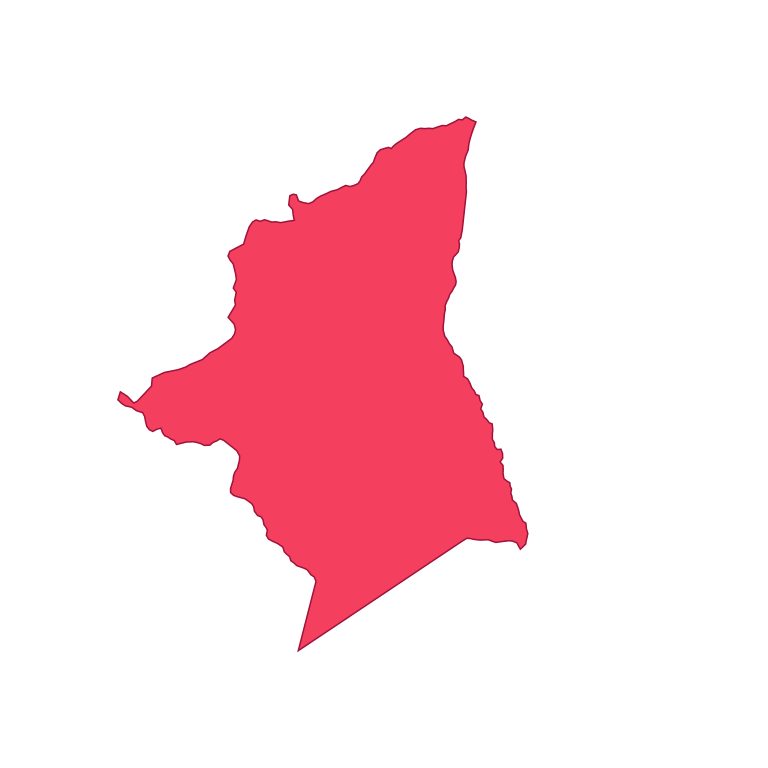 outline of Coronel Sapucaia, Mato Grosso do Sul, Brazil, rotated 36°
{"feature_id": "56859067B59177050807498", "entity_name": "Coronel Sapucaia", "entity_type": "district", "adm_level": 2, "iso_a3": "BRA", "parent_name": "Brazil", "parent_adm1": "Mato Grosso do Sul", "projection": "orthographic", "projection_center": [-55.397, -23.331], "detail": "fine", "context": "isolated", "style": "filled", "palette": "rose", "viewbox_px": 768, "rotation_deg": 36, "n_neighbors": 0, "source": "geoboundaries", "source_scale": "gbopen_adm2", "svg_char_len": 3746}
<svg xmlns="http://www.w3.org/2000/svg" viewBox="0 0 768 768"><g transform="rotate(36 384 384)"><path d="M304.4,117.9L299.7,119.0L296.5,119.3L293.3,119.9L292.0,124.4L288.8,126.1L287.2,130.0L284.7,134.5L282.6,138.5L279.2,140.6L276.7,144.0L273.5,148.6L269.9,150.8L267.2,153.2L263.2,155.7L260.1,159.7L258.2,165.9L256.9,171.4L255.2,175.8L253.8,179.4L252.6,182.6L251.8,186.0L251.5,189.2L248.5,190.0L246.2,192.8L243.3,196.7L242.5,200.9L243.8,206.6L245.1,210.9L244.8,214.7L244.8,221.0L244.8,225.4L244.2,229.7L245.2,233.4L245.2,237.2L242.7,241.5L240.3,244.3L236.3,245.9L234.1,250.0L232.0,254.3L227.8,259.4L225.7,263.4L224.0,266.3L222.2,269.3L220.4,273.6L219.4,278.4L217.1,282.3L211.9,284.8L207.3,286.1L201.9,282.5L199.0,283.8L197.1,287.0L201.7,295.2L207.5,296.5L211.7,301.2L215.3,304.3L210.7,308.7L207.8,311.9L205.4,314.3L201.4,316.2L197.9,319.0L193.4,320.4L190.7,321.4L188.3,325.1L184.1,326.4L182.4,330.2L182.6,336.1L185.4,345.5L188.2,353.3L181.3,367.3L182.6,372.2L186.4,374.1L191.4,375.5L199.2,382.1L203.2,386.3L205.7,395.0L210.5,396.6L214.0,404.1L217.4,407.4L218.7,421.7L227.6,423.6L232.0,427.4L233.7,431.6L234.0,436.5L228.8,453.2L224.9,460.9L222.7,471.0L217.7,478.9L215.4,482.7L213.9,486.4L210.9,490.8L208.8,493.7L199.5,503.8L193.0,515.4L194.6,518.1L197.1,522.3L195.9,532.5L194.5,543.0L192.7,546.5L183.6,544.8L175.3,545.3L178.0,553.2L183.1,553.9L187.6,553.7L193.5,551.1L199.1,551.1L202.0,550.3L205.5,549.0L209.5,551.0L212.6,554.0L217.0,557.7L221.0,558.9L224.8,558.3L226.9,554.0L229.5,550.9L233.6,553.6L237.0,554.7L239.9,554.0L244.1,553.8L247.6,553.0L251.7,554.9L255.1,550.8L258.3,547.0L260.8,545.1L263.8,542.7L267.5,541.1L270.9,539.9L274.7,539.3L279.1,535.8L280.0,531.7L282.3,528.1L283.5,524.8L287.4,523.8L292.4,524.0L298.1,524.2L304.1,524.5L309.6,527.1L312.0,530.9L313.3,534.2L315.0,538.3L315.2,543.3L316.5,547.3L318.5,550.5L320.0,555.0L321.3,558.8L323.7,562.0L327.7,562.5L331.3,561.5L334.7,560.2L339.0,558.6L342.9,558.5L347.2,558.5L350.7,559.9L354.1,563.2L359.0,564.7L362.8,563.7L366.1,565.1L369.6,568.4L372.9,569.4L375.6,570.9L377.7,575.5L381.5,577.3L385.9,576.8L391.5,575.6L398.0,575.4L401.9,578.3L404.9,578.9L408.9,579.1L412.5,581.7L416.7,581.7L420.2,582.2L427.3,580.1L431.1,579.4L434.0,580.3L436.9,581.3L440.9,581.1L445.0,583.6L471.4,650.1L539.3,466.0L541.7,460.1L544.5,458.4L548.0,456.9L553.5,453.8L556.5,451.4L559.9,448.7L563.7,447.7L567.5,446.5L569.8,444.3L572.7,441.5L575.2,439.2L577.5,437.1L580.7,435.4L585.0,434.4L587.6,435.8L591.4,437.5L592.2,433.4L592.7,430.2L591.3,427.5L589.9,424.1L588.2,420.4L584.4,417.5L580.6,413.2L577.1,413.4L574.0,411.9L570.5,410.1L567.1,407.0L564.3,404.9L561.1,402.8L556.1,402.4L553.5,399.7L550.7,397.7L548.9,394.0L546.1,392.5L543.8,389.9L540.1,390.3L536.6,390.0L532.8,386.3L531.0,383.5L528.1,379.9L523.8,378.8L523.6,374.2L520.8,370.6L516.9,368.0L514.0,370.5L510.3,369.5L507.8,366.6L504.1,365.0L501.1,360.8L498.9,357.1L495.0,352.7L491.8,353.5L488.7,352.5L484.1,351.8L480.7,348.8L476.9,347.3L475.4,342.4L471.6,341.0L467.6,337.5L464.6,338.5L461.3,336.6L457.2,335.5L453.2,332.9L448.7,330.7L443.9,331.0L442.0,328.4L439.6,325.6L437.8,323.1L435.1,321.0L432.5,318.9L429.3,317.9L425.8,317.9L422.3,318.1L419.6,315.9L416.9,313.9L413.2,313.0L409.1,311.0L405.2,309.7L400.5,305.9L397.9,302.4L394.6,296.6L391.6,291.7L389.8,287.7L387.4,284.7L386.3,280.4L385.7,276.4L384.5,272.8L384.5,268.7L383.9,265.0L383.7,261.8L382.2,258.8L379.1,255.8L376.2,253.9L372.7,251.5L368.8,247.3L367.1,244.5L365.6,240.3L366.1,237.0L366.4,233.4L364.7,229.4L362.8,226.4L360.2,224.1L360.2,220.6L358.7,217.5L357.0,213.8L337.7,180.0L334.7,176.5L332.0,172.5L328.1,167.4L324.1,163.8L321.1,161.3L318.8,158.2L316.1,151.6L314.6,145.3L311.5,139.8L309.5,135.0L307.8,130.1L305.7,123.0L304.4,117.9Z" fill="#f43f5e" stroke="#9f1239" stroke-width="1.5"/></g></svg>